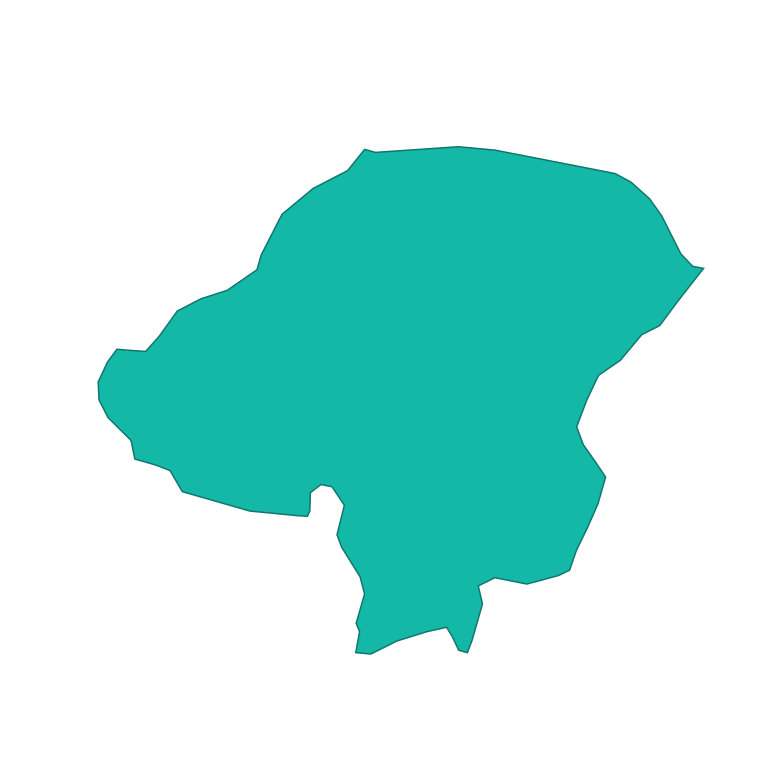 Mavrovo and Rostusa, Natural Earth projection, rotated 106°
{"feature_id": "MKD-2955", "entity_name": "Mavrovo and Rostusa", "entity_type": "Statistical Region", "adm_level": 1, "iso_a3": "MKD", "parent_name": "North Macedonia", "parent_adm1": "", "projection": "natural_earth1", "projection_center": [20.731, 41.637], "detail": "fine", "context": "isolated", "style": "filled", "palette": "teal", "viewbox_px": 768, "rotation_deg": 106, "n_neighbors": 0, "source": "natural_earth", "source_scale": "10m", "svg_char_len": 1119}
<svg xmlns="http://www.w3.org/2000/svg" viewBox="0 0 768 768"><g transform="rotate(106 384 384)"><path d="M163.8,467.3L163.7,456.0L135.4,377.8L128.6,341.8L118.0,219.9L121.9,202.1L132.8,179.7L145.9,163.3L177.1,134.5L185.8,119.7L184.8,108.7L224.3,124.7L251.8,135.0L265.5,149.8L296.0,163.3L316.6,180.2L344.3,184.7L372.1,187.0L387.4,175.7L400.0,160.0L412.4,145.3L440.2,145.3L465.3,148.7L491.2,153.2L511.8,154.3L519.9,163.3L536.9,191.5L539.7,224.2L552.1,237.7L568.3,228.7L584.4,228.7L605.9,228.7L619.3,229.8L619.3,238.8L607.7,249.0L600.6,256.8L610.5,274.9L627.5,300.8L647.2,322.2L650.0,337.1L628.8,339.2L621.7,344.8L603.7,344.8L591.2,344.8L576.0,353.8L552.6,379.7L541.9,387.6L511.5,388.7L497.1,405.6L498.0,416.9L508.7,424.8L526.7,420.3L532.3,421.2L534.6,431.9L543.1,477.7L543.1,509.4L543.1,527.0L543.1,548.2L526.2,565.8L524.8,581.6L524.8,602.8L508.0,611.6L492.3,640.1L477.8,653.6L460.8,659.3L439.3,655.9L424.2,650.3L422.5,641.5L418.4,622.1L400.2,613.3L370.8,602.8L352.5,583.4L337.1,560.5L309.2,537.6L293.8,537.6L248.9,528.8L215.4,505.9L188.9,477.8L163.8,467.3Z" fill="#14b8a6" stroke="#0f766e" stroke-width="1.5"/></g></svg>